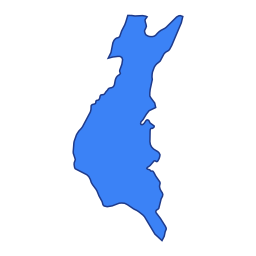 SVG path tracing the border of Los Rios
{"feature_id": "ECU-1281", "entity_name": "Los Rios", "entity_type": "Province", "adm_level": 1, "iso_a3": "ECU", "parent_name": "Ecuador", "parent_adm1": "", "projection": "albers", "projection_center": [-79.444, -1.349], "detail": "fine", "context": "isolated", "style": "filled", "palette": "blue", "viewbox_px": 256, "rotation_deg": 0, "n_neighbors": 0, "source": "natural_earth", "source_scale": "10m", "svg_char_len": 2786}
<svg xmlns="http://www.w3.org/2000/svg" viewBox="0 0 256 256"><path d="M155.7,107.5L149.1,110.7L146.4,114.1L143.1,119.5L140.9,121.9L140.6,123.6L141.0,124.5L142.1,124.7L143.2,124.2L144.2,123.3L146.0,120.6L146.9,119.9L147.8,119.9L148.8,120.5L150.1,123.0L154.1,125.9L154.2,126.7L153.8,127.4L153.0,128.0L152.3,128.4L151.6,128.3L151.0,128.5L150.3,129.4L150.1,130.9L149.9,141.7L150.4,144.6L151.6,147.0L153.5,149.0L158.0,151.8L159.2,153.1L160.0,154.8L159.7,156.7L159.1,158.6L158.4,159.9L157.7,161.1L157.0,161.6L156.4,161.6L155.6,161.1L154.9,160.8L154.0,161.0L150.2,165.4L149.1,166.3L148.0,167.0L147.3,167.5L146.8,168.4L147.4,169.1L148.2,169.4L149.2,169.6L150.0,170.0L150.5,170.8L151.2,171.1L152.1,171.0L153.1,171.4L154.1,172.9L155.7,176.0L159.9,182.1L160.1,183.3L159.5,186.1L159.7,187.6L160.2,189.4L161.2,191.2L162.2,192.7L162.8,194.3L162.5,196.2L161.1,199.0L158.8,208.3L158.1,209.1L156.4,210.2L155.8,211.3L156.0,212.6L160.4,218.4L165.3,226.2L166.2,228.1L166.2,229.3L165.2,231.6L164.2,236.3L162.0,240.6L154.9,234.1L144.5,216.7L142.8,214.9L138.6,211.6L136.9,210.5L133.8,209.0L127.5,204.7L124.7,203.3L121.7,203.0L119.2,203.2L112.1,205.9L107.2,206.7L104.1,206.0L103.0,204.8L102.1,201.6L99.0,195.9L97.1,191.2L96.1,189.4L92.6,184.7L91.3,182.5L90.3,179.4L88.8,176.6L86.8,174.7L75.3,168.8L74.7,167.8L74.4,166.5L74.1,164.5L74.2,162.8L75.1,160.3L75.3,159.4L73.3,153.3L73.2,151.8L73.9,142.9L74.2,141.3L76.4,135.0L77.1,133.7L78.8,131.1L81.3,128.4L82.5,126.8L90.3,112.1L90.7,110.7L91.0,109.3L91.1,106.5L91.2,105.6L91.7,105.0L92.2,104.6L92.8,104.4L94.4,104.0L95.1,103.7L95.6,103.1L95.9,101.5L96.1,100.8L96.6,100.4L97.2,100.3L98.1,100.1L98.9,99.7L99.4,98.8L99.8,97.8L100.1,96.1L100.7,95.1L101.6,94.8L103.8,94.5L104.7,93.7L106.0,91.7L107.6,90.0L108.1,89.1L109.0,88.3L110.3,87.9L111.5,87.7L112.7,87.2L113.7,86.2L114.4,84.8L115.3,80.0L115.7,78.8L116.4,77.3L117.3,76.2L118.4,75.3L119.5,74.6L120.4,73.5L120.2,72.7L119.7,71.7L119.7,70.3L121.9,64.2L122.6,59.6L121.8,57.5L120.0,56.4L117.8,56.4L112.8,57.0L108.2,58.2L111.0,52.5L112.9,42.8L114.0,40.4L115.4,38.8L116.7,38.0L118.1,37.7L119.5,36.8L119.9,36.0L121.6,31.0L124.8,24.8L125.9,21.8L127.8,15.4L131.9,15.5L135.0,16.0L142.6,15.6L145.7,16.2L147.1,16.8L146.5,17.7L145.7,18.7L145.0,20.0L145.3,22.0L146.0,24.3L146.4,26.3L145.8,28.0L144.9,29.8L144.5,31.0L144.8,32.4L145.2,33.6L145.9,34.8L147.3,35.7L148.9,36.4L150.7,36.6L152.5,36.6L154.4,36.1L155.8,35.1L157.3,33.4L159.2,31.6L161.0,30.3L164.7,28.4L166.2,27.3L176.6,17.0L178.8,15.8L180.3,15.6L182.8,16.5L181.3,22.8L171.7,45.5L169.7,49.2L168.8,50.3L167.6,51.1L166.4,51.7L165.0,52.8L163.9,54.0L160.2,61.0L158.6,62.4L156.9,63.7L155.6,65.1L154.3,67.1L152.5,72.0L152.1,74.5L152.0,77.0L152.3,79.5L150.2,89.3L149.8,92.8L149.8,96.1L151.1,98.2L154.7,103.0L155.7,107.5Z" fill="#3b82f6" stroke="#1e3a8a" stroke-width="1.5"/></svg>